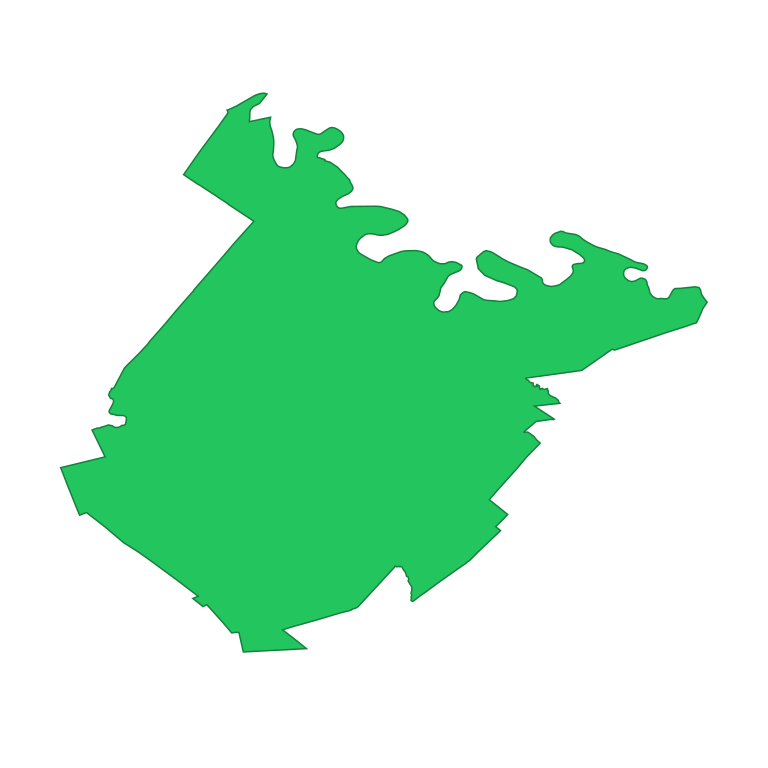 Draganesti, Prahova, Romania, rotated 185°
{"feature_id": "2599482B82413399684251", "entity_name": "Draganesti", "entity_type": "district", "adm_level": 2, "iso_a3": "ROU", "parent_name": "Romania", "parent_adm1": "Prahova", "projection": "equal_earth", "projection_center": [26.299, 44.838], "detail": "fine", "context": "isolated", "style": "filled", "palette": "green", "viewbox_px": 768, "rotation_deg": 185, "n_neighbors": 0, "source": "geoboundaries", "source_scale": "gbopen_adm2", "svg_char_len": 6157}
<svg xmlns="http://www.w3.org/2000/svg" viewBox="0 0 768 768"><g transform="rotate(185 384 384)"><path d="M564.2,643.2L563.0,640.9L563.2,640.2L571.4,626.2L587.9,599.4L601.9,575.1L587.3,567.0L585.7,566.4L568.9,557.4L555.9,550.3L554.4,549.2L527.8,534.8L545.8,510.8L554.9,497.9L581.6,461.1L581.5,460.8L596.9,439.8L607.0,425.3L621.5,405.6L622.6,403.5L630.6,393.2L641.8,380.0L644.0,377.2L652.3,357.4L653.2,356.0L653.6,355.8L655.1,355.8L655.4,353.8L656.4,352.5L657.2,349.9L657.2,348.7L655.1,345.8L653.2,345.6L652.3,344.8L651.9,343.1L652.3,341.0L653.3,338.3L655.4,333.7L655.4,332.5L655.0,331.5L654.2,330.7L652.6,330.2L650.1,330.1L648.4,329.6L646.2,329.5L640.9,329.9L639.2,329.4L638.0,328.4L637.7,328.0L637.6,327.1L637.7,324.0L638.1,321.2L640.0,319.9L640.8,320.1L641.8,319.7L643.5,318.2L644.2,317.9L645.8,317.5L648.3,317.3L651.1,318.7L655.0,319.2L658.6,317.5L662.0,316.3L663.3,315.4L665.9,315.1L670.8,312.7L655.5,287.1L698.8,272.5L690.9,256.4L681.0,236.8L675.8,226.8L669.2,230.0L649.3,217.2L629.7,203.3L613.3,194.8L598.4,186.0L573.6,170.9L550.6,156.4L555.8,153.7L544.9,146.5L541.5,148.6L540.5,148.0L524.0,132.6L514.0,122.7L510.7,123.6L506.9,123.9L500.8,104.8L438.2,113.6L447.5,119.9L463.6,130.3L452.3,134.9L433.0,142.1L408.0,152.0L399.2,155.0L396.6,156.2L395.9,157.1L393.0,158.0L390.5,159.8L357.7,202.2L357.4,202.7L357.2,203.6L355.5,203.0L354.2,203.2L353.3,203.6L352.1,203.2L351.3,203.7L350.4,203.5L349.9,203.1L348.6,200.8L346.4,198.4L345.2,195.9L345.1,195.0L344.8,194.5L343.0,193.6L342.7,193.1L342.5,192.7L342.7,190.2L342.6,189.5L338.7,184.4L338.3,181.2L338.8,177.9L338.0,176.1L338.5,174.1L338.0,173.0L338.3,171.0L337.8,170.3L336.2,169.9L329.0,176.6L325.8,179.1L312.7,190.7L294.8,205.9L286.4,212.8L285.5,213.9L283.3,215.7L276.1,224.3L255.1,248.1L260.3,251.6L252.4,260.9L249.4,264.8L269.0,277.9L262.7,286.7L243.9,311.7L236.0,323.1L223.2,338.7L227.3,341.8L230.0,344.8L236.5,348.6L240.2,348.2L239.6,349.4L229.2,359.9L214.9,363.2L212.1,363.3L211.3,363.8L232.2,375.1L207.1,380.1L208.3,381.2L209.0,382.9L209.7,383.5L212.6,385.4L214.4,385.7L215.7,386.4L217.0,386.6L219.0,388.3L219.5,389.1L219.8,391.2L220.9,393.7L223.5,392.6L225.4,392.9L225.7,393.4L225.9,393.5L226.4,393.1L227.0,393.1L227.6,392.3L228.0,392.2L228.2,392.5L228.1,393.0L228.8,393.5L229.0,395.6L229.7,395.8L230.8,395.4L230.9,395.6L230.8,396.6L230.9,396.9L231.5,396.9L231.9,396.5L232.1,394.8L232.6,394.5L233.0,394.4L233.3,394.9L235.0,395.0L235.5,395.6L235.3,397.0L235.6,398.0L238.6,398.3L239.0,398.6L240.3,400.2L242.8,401.1L243.4,402.0L243.8,402.1L188.1,414.8L159.8,438.5L157.1,437.9L109.0,459.1L86.1,468.7L81.4,470.9L78.2,472.1L77.9,472.5L75.1,480.1L73.0,486.7L69.2,493.6L73.2,498.0L74.8,500.1L75.7,501.6L77.0,505.6L78.7,507.6L82.7,507.9L96.6,505.2L102.6,504.4L104.4,502.5L107.7,495.0L109.8,493.5L111.7,493.3L115.2,493.4L119.0,492.7L121.7,493.4L124.2,494.8L126.9,497.7L128.8,503.3L130.3,505.4L131.1,508.7L132.7,510.9L135.3,511.9L138.0,511.7L142.7,508.6L146.1,507.6L149.1,508.1L151.3,509.4L153.1,510.7L154.6,513.0L155.0,515.6L154.7,517.8L153.2,519.7L150.5,521.2L148.4,521.8L144.0,521.5L136.1,519.4L134.1,519.8L132.9,520.6L131.9,522.3L131.8,523.9L132.8,525.0L136.0,526.4L142.7,527.1L145.0,527.6L149.4,529.5L161.3,533.9L169.8,535.6L174.7,537.2L183.2,538.9L186.8,540.0L194.3,543.2L198.6,545.6L201.3,547.6L203.2,548.7L206.5,549.7L216.0,550.3L219.1,551.5L221.4,551.5L226.8,549.0L229.0,547.1L231.0,544.0L231.0,541.7L230.6,539.9L229.5,538.3L227.6,536.7L225.6,536.0L222.8,535.7L219.4,535.9L216.4,535.7L208.7,534.1L200.5,530.1L196.0,526.8L194.9,524.7L195.2,523.0L197.0,521.5L201.2,520.9L204.5,520.0L206.0,519.3L206.8,517.6L205.3,513.5L205.5,511.1L207.7,507.6L211.2,504.1L217.7,498.3L221.6,496.7L225.9,495.7L230.7,496.2L233.2,497.2L234.3,498.2L234.9,499.4L235.3,501.6L236.4,503.3L250.9,510.3L259.3,512.7L270.9,516.5L276.7,519.0L286.5,524.0L289.4,525.1L293.7,525.8L296.3,524.6L302.4,518.4L302.9,516.6L300.1,507.1L293.2,501.1L280.5,496.7L274.2,495.5L262.8,492.3L260.2,490.3L259.2,488.0L260.0,483.0L262.6,480.1L267.8,478.0L275.4,476.3L281.9,476.5L288.2,476.3L292.0,476.6L302.1,481.4L305.8,482.4L309.9,483.0L311.7,483.0L313.5,481.8L315.7,479.4L316.4,474.9L318.7,469.6L320.4,466.8L322.6,464.2L325.2,462.2L326.3,461.7L331.2,460.8L333.0,461.0L335.5,461.9L337.3,463.0L339.6,464.9L341.1,467.1L341.6,469.4L341.1,470.9L338.3,474.4L336.9,476.8L336.2,481.2L335.8,484.7L333.0,489.2L329.4,497.0L327.2,499.0L319.8,502.8L318.3,503.8L316.8,505.7L316.5,508.2L317.2,509.1L322.7,511.4L326.4,511.8L329.2,511.4L331.6,510.4L333.5,509.2L338.1,508.7L341.2,509.3L345.8,511.1L350.4,515.5L352.9,517.1L356.3,518.7L359.6,519.3L364.0,519.7L374.9,518.4L378.6,517.4L390.1,512.1L394.3,509.2L397.4,505.2L400.0,504.3L407.9,506.6L417.8,511.1L420.8,512.9L423.0,516.0L423.7,518.4L423.3,521.1L422.0,524.6L420.3,527.0L415.7,531.2L414.7,531.8L411.3,532.5L407.8,532.5L402.5,531.8L398.7,532.0L393.3,533.4L388.1,536.0L383.0,539.1L377.2,543.6L375.6,545.7L374.4,548.1L374.8,550.3L378.2,554.0L383.9,557.1L390.9,558.7L402.9,560.5L407.5,560.4L432.4,558.0L441.9,555.3L444.4,555.4L446.3,556.8L447.3,558.3L447.6,559.3L447.7,561.2L446.0,563.9L441.8,567.2L436.0,570.5L433.1,573.2L432.1,575.5L432.2,577.5L433.4,579.6L434.9,581.6L436.2,584.5L438.7,586.5L441.5,589.4L445.1,592.3L449.0,595.8L456.8,600.2L462.6,601.3L462.5,602.5L464.9,602.9L468.1,603.8L469.9,603.9L470.3,604.6L470.3,605.8L469.6,608.2L467.7,609.9L464.2,611.0L459.7,611.9L454.2,614.3L448.9,618.8L447.2,620.8L446.1,622.6L445.6,625.3L446.0,628.0L447.5,630.2L449.8,632.1L452.3,633.6L455.2,634.7L457.8,635.0L460.4,634.4L465.3,630.7L468.4,628.0L469.8,627.2L470.8,627.0L473.0,627.2L476.0,628.0L484.5,630.5L488.3,631.0L490.8,630.8L493.3,630.1L495.0,628.7L495.8,627.1L496.3,625.1L496.0,623.4L493.4,619.3L491.9,616.1L491.1,613.8L490.8,612.4L491.3,609.1L491.7,599.2L492.4,597.3L493.8,594.8L496.7,591.9L499.0,591.1L502.3,590.6L507.0,591.2L508.9,592.0L510.4,593.6L513.4,598.3L514.5,601.1L514.8,603.1L514.5,607.3L514.7,613.5L515.1,617.2L515.7,620.1L517.5,625.7L520.1,631.8L520.7,636.0L520.2,639.9L541.1,633.6L540.9,636.5L541.3,642.6L541.0,645.6L538.3,649.1L532.4,652.7L525.8,662.7L527.4,663.2L529.7,663.2L533.3,662.3L537.5,660.4L555.2,648.1L562.4,643.9L564.2,643.2Z" fill="#22c55e" stroke="#15803d" stroke-width="1.5"/></g></svg>